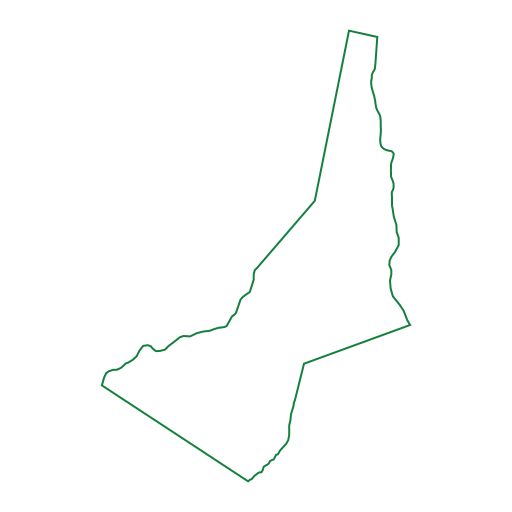 the district of Mongouge, Choiseul, Saint Lucia
{"feature_id": "8701671B23364700154190", "entity_name": "Mongouge", "entity_type": "district", "adm_level": 2, "iso_a3": "LCA", "parent_name": "Saint Lucia", "parent_adm1": "Choiseul", "projection": "natural_earth1", "projection_center": [-61.043, 13.805], "detail": "fine", "context": "isolated", "style": "outline", "palette": "green", "viewbox_px": 512, "rotation_deg": 0, "n_neighbors": 0, "source": "geoboundaries", "source_scale": "gbopen_adm2", "svg_char_len": 5207}
<svg xmlns="http://www.w3.org/2000/svg" viewBox="0 0 512 512"><path d="M314.3,201.4L257.0,268.0L254.8,270.1L254.6,270.8L253.7,274.1L253.7,279.6L252.9,282.2L249.8,292.0L246.4,294.3L246.0,294.6L242.8,297.0L240.6,299.4L237.9,307.3L235.9,313.0L235.1,313.9L234.1,314.9L232.0,316.4L226.6,326.1L224.2,327.1L218.5,327.8L213.8,329.2L210.0,330.7L207.2,331.1L204.8,331.3L203.8,331.5L202.1,331.8L196.7,333.2L190.1,336.4L183.4,336.0L182.8,336.2L180.0,337.2L168.5,346.1L165.1,349.6L160.2,350.9L157.1,351.1L155.9,351.1L152.7,348.6L151.8,347.5L150.9,346.3L147.8,345.2L144.3,345.7L143.1,345.9L140.0,350.0L139.2,351.1L136.7,356.2L132.9,359.7L128.4,362.5L126.0,363.3L121.2,367.7L120.0,368.3L116.7,369.8L113.3,369.8L108.8,371.3L106.1,373.2L104.1,377.6L103.9,378.1L103.6,379.3L101.9,385.4L247.9,481.2L248.3,481.3L249.9,479.7L251.5,479.2L254.6,475.7L258.0,473.1L259.6,472.3L261.4,472.3L262.8,469.9L263.7,466.7L268.6,463.8L270.2,460.9L273.8,459.3L276.1,454.8L277.9,454.3L280.2,450.3L286.3,443.7L288.3,440.0L289.2,434.7L289.2,425.5L290.4,420.2L291.0,414.3L293.3,406.7L294.0,402.4L294.9,400.3L304.0,363.7L410.1,325.0L409.6,324.2L407.4,320.5L403.8,311.1L399.9,305.1L399.3,304.3L399.0,303.9L392.9,296.4L391.4,291.1L390.6,288.1L390.0,280.6L391.3,274.5L391.3,270.0L389.9,266.5L389.3,265.1L389.7,260.6L391.3,256.9L393.3,254.2L394.8,252.3L398.7,245.2L398.7,237.7L397.3,233.8L396.7,232.4L396.5,227.6L396.4,224.9L395.0,220.4L393.8,216.6L392.7,209.2L392.3,207.0L392.2,206.7L392.1,206.4L392.0,206.0L392.0,205.5L392.0,205.2L392.0,204.8L392.0,204.2L392.0,203.6L392.0,203.1L392.0,202.6L392.0,202.1L392.0,201.3L392.0,200.7L392.0,200.1L392.0,199.7L392.0,199.1L392.0,198.7L392.0,198.1L392.0,197.7L392.0,197.3L391.9,196.9L391.9,196.5L391.9,196.0L391.9,195.5L391.8,195.0L391.8,194.5L391.8,194.0L391.8,193.5L391.8,193.0L391.9,192.6L391.9,192.2L392.0,191.7L392.2,191.2L392.5,190.8L392.7,190.4L392.9,190.1L393.1,189.5L393.2,189.0L393.4,188.5L393.5,188.1L393.6,187.5L393.6,187.1L393.6,186.7L393.6,186.4L393.6,186.0L393.6,185.6L393.6,184.9L393.6,184.5L393.6,184.2L393.6,183.8L393.5,183.4L393.4,183.1L393.3,182.7L393.2,182.2L393.0,181.7L392.9,181.3L392.8,180.9L392.6,180.5L392.5,180.2L392.3,179.8L392.2,179.5L392.0,179.1L391.9,178.7L391.7,178.3L391.5,177.9L391.4,177.6L391.2,177.2L391.1,176.8L391.1,176.2L391.1,175.8L391.0,175.3L391.0,174.9L391.0,174.4L391.0,173.8L391.0,173.2L391.0,172.6L391.0,172.0L390.9,171.6L390.9,171.0L390.9,170.4L390.9,169.9L390.9,169.4L391.0,169.0L391.0,168.6L391.0,168.2L391.0,167.7L391.0,167.1L391.0,166.6L391.0,166.3L391.0,165.7L391.0,165.2L391.0,164.7L391.1,164.1L391.2,163.5L391.3,163.1L391.4,162.7L391.5,162.4L391.6,161.9L391.7,161.6L391.9,161.1L392.1,160.7L392.3,160.1L392.5,159.6L392.6,159.1L392.7,158.7L392.8,158.3L393.0,157.8L393.1,157.5L393.2,157.0L393.3,156.5L393.4,156.0L393.5,155.6L393.5,155.2L393.6,154.8L393.7,154.3L393.7,153.8L393.5,153.3L393.3,153.0L393.1,152.8L392.9,152.5L392.7,152.2L392.3,151.9L391.9,151.5L391.5,151.3L391.2,151.1L390.8,151.0L390.4,150.9L390.1,150.9L389.7,150.8L389.3,150.7L389.0,150.7L388.5,150.6L388.2,150.5L387.7,150.5L387.3,150.3L387.0,150.2L386.6,150.2L386.2,150.0L385.7,149.8L385.3,149.6L384.9,149.4L384.6,149.3L384.3,149.1L384.0,148.9L383.5,148.6L383.3,148.4L382.9,148.1L382.6,147.8L382.3,147.5L382.0,147.2L381.8,146.9L381.4,146.5L381.2,146.2L381.0,145.8L380.9,145.3L380.8,145.0L380.7,144.5L380.6,144.2L380.5,143.7L380.5,143.3L380.4,143.0L380.4,142.6L380.3,142.2L380.2,138.4L380.3,138.1L380.3,137.5L380.4,136.9L380.5,136.1L380.6,135.6L380.6,135.0L380.6,134.5L380.7,133.9L380.7,133.2L380.8,132.9L380.8,132.5L380.8,132.0L380.8,131.4L380.9,130.9L380.9,130.4L380.9,130.0L380.9,129.5L380.9,129.0L380.9,128.5L380.8,128.0L380.8,127.5L380.8,127.1L380.8,126.6L380.7,126.3L380.7,125.7L380.7,125.2L380.7,124.6L380.7,124.2L380.7,123.9L380.7,123.3L380.7,122.9L380.7,122.4L380.7,121.9L380.7,121.4L380.7,120.9L380.7,120.4L380.7,119.9L380.6,119.4L380.5,118.9L380.5,118.4L380.4,118.0L380.4,117.6L380.3,117.2L380.3,116.8L380.2,116.3L380.1,116.0L379.9,115.5L379.7,115.0L379.5,114.5L379.3,114.0L379.1,113.6L378.8,113.2L378.6,112.9L378.4,112.5L378.2,112.0L377.9,111.6L377.7,111.2L377.5,110.7L377.3,110.4L377.1,109.9L376.9,109.6L376.8,109.2L376.6,108.7L376.5,108.4L376.3,107.9L376.1,107.4L376.1,107.0L376.0,106.6L375.9,106.1L375.8,105.6L375.8,105.2L375.7,104.8L375.6,104.3L375.5,103.7L375.5,103.2L375.4,102.9L375.3,102.3L375.3,101.9L375.2,101.5L375.2,101.0L375.1,100.4L375.0,100.0L374.9,99.6L374.8,99.1L374.7,98.5L374.5,98.0L374.4,97.3L374.4,96.9L374.3,96.4L374.2,96.0L374.1,95.6L373.9,95.1L373.8,94.6L373.6,94.1L373.5,93.8L373.4,93.4L373.2,92.9L373.1,92.4L372.9,91.8L372.7,91.2L372.6,90.7L372.5,90.3L372.3,89.7L372.2,89.4L372.1,89.0L372.0,88.6L371.9,88.2L371.9,87.9L371.7,87.5L371.6,87.0L371.5,86.4L371.5,85.9L371.4,85.4L371.4,84.9L371.3,84.6L371.2,84.0L371.2,83.6L371.2,83.2L371.2,82.7L371.2,82.4L371.2,81.9L371.2,81.3L371.2,80.9L371.4,80.4L371.5,79.9L371.5,79.4L371.6,79.1L371.6,78.6L371.7,78.1L371.8,77.4L371.8,76.6L371.8,76.1L371.8,75.4L371.9,74.9L372.0,74.4L372.2,74.0L372.4,73.5L372.5,73.1L372.7,72.7L372.8,72.4L373.1,72.0L373.4,71.6L373.7,71.3L373.9,70.8L374.1,70.3L374.4,69.8L374.8,69.1L375.4,63.8L377.3,37.0L349.0,30.7L314.8,200.8L314.3,201.4Z" fill="none" stroke="#15803d" stroke-width="2"/></svg>